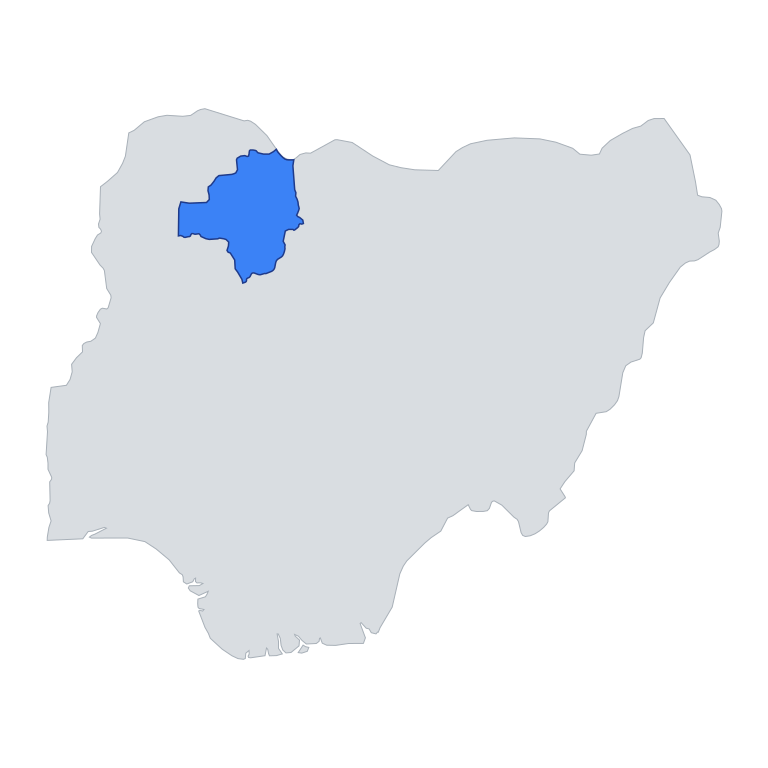 Zamfara highlighted on a map of Nigeria
{"feature_id": "NGA-2872", "entity_name": "Zamfara", "entity_type": "State", "adm_level": 1, "iso_a3": "NGA", "parent_name": "Nigeria", "parent_adm1": "", "projection": "mercator", "projection_center": [6.327, 12.019], "detail": "fine", "context": "in_parent", "style": "filled", "palette": "blue", "viewbox_px": 768, "rotation_deg": 0, "n_neighbors": 0, "source": "natural_earth", "source_scale": "10m", "svg_char_len": 5485}
<svg xmlns="http://www.w3.org/2000/svg" viewBox="0 0 768 768"><path d="M664.1,118.5L690.0,154.9L695.5,181.9L697.6,195.2L701.9,196.8L709.9,197.5L715.8,200.2L719.3,204.6L721.5,208.7L721.9,211.2L720.2,227.3L718.2,233.1L719.3,241.1L719.0,244.5L718.1,246.8L714.5,249.5L709.6,252.1L697.9,259.7L694.5,260.9L689.6,261.1L685.4,263.0L680.3,267.1L669.4,282.5L660.1,298.0L653.3,322.9L645.1,330.7L643.6,337.6L642.3,353.1L641.1,357.8L639.8,359.2L630.9,362.1L625.8,365.7L622.8,372.7L618.9,396.6L617.5,400.6L614.6,404.7L610.1,409.2L606.2,411.7L596.1,413.3L586.4,431.2L586.3,434.4L582.1,450.7L574.7,462.9L574.1,470.8L564.9,481.6L560.1,488.9L565.0,496.6L565.4,497.8L549.5,510.8L548.5,512.8L547.9,521.7L546.6,524.1L543.7,527.4L539.4,531.0L535.0,533.8L530.1,535.8L525.3,536.5L522.7,535.4L521.1,532.6L518.5,521.7L517.1,519.3L514.0,517.2L501.8,505.1L494.3,500.9L492.8,501.2L491.5,502.3L489.4,508.4L487.3,510.7L483.4,511.4L476.6,511.5L471.7,510.6L470.5,509.4L468.2,504.7L452.9,515.7L447.6,518.1L440.8,531.1L431.2,537.6L424.6,543.2L406.8,560.9L403.3,566.1L399.8,573.9L392.2,607.1L380.0,627.8L378.3,632.2L377.6,632.0L376.0,633.9L371.3,632.7L369.1,628.9L366.2,628.2L361.1,622.6L360.1,623.5L365.4,637.8L363.4,643.4L348.5,643.5L335.6,645.4L326.7,645.2L322.3,643.2L320.3,637.9L319.5,638.4L319.1,641.3L316.3,643.5L306.3,644.0L301.9,640.3L298.4,636.2L294.6,634.4L295.2,636.1L299.5,640.1L299.0,645.9L291.0,652.5L285.9,652.9L282.8,650.0L281.1,645.4L280.3,638.4L278.2,633.9L277.1,633.9L278.5,641.4L278.5,648.4L282.3,653.9L276.5,655.6L269.5,655.8L268.6,653.7L267.7,649.2L266.5,648.0L265.0,655.7L250.6,657.8L248.6,657.5L248.1,656.1L249.2,654.0L249.0,650.5L245.8,653.2L245.3,658.5L243.5,659.3L238.0,658.6L232.0,655.8L222.2,649.2L210.3,638.3L208.4,633.4L205.0,627.4L198.7,611.0L199.9,610.2L202.6,611.1L204.0,609.5L199.0,608.4L198.0,607.2L197.7,603.6L197.9,599.1L205.4,596.8L207.1,594.1L208.2,591.3L198.9,595.5L190.2,590.8L188.3,588.0L189.3,585.8L199.3,585.6L202.9,583.5L200.7,582.8L196.9,582.9L195.5,581.5L195.6,578.1L194.3,578.8L192.7,581.8L186.8,584.0L183.4,581.8L183.1,576.9L182.3,574.7L179.4,572.9L169.2,559.9L156.3,549.1L144.9,541.6L127.6,538.0L91.4,538.1L89.4,537.1L91.6,535.4L94.8,534.2L106.4,528.2L104.4,527.4L92.3,531.2L88.2,531.5L82.8,538.8L47.2,540.4L47.3,537.1L48.9,527.5L51.1,520.9L48.7,512.9L48.1,505.6L49.6,503.3L50.1,500.6L49.7,481.9L51.6,479.2L51.7,477.3L48.0,469.3L48.0,463.2L47.3,457.3L46.1,454.6L47.5,431.8L47.0,426.1L48.2,422.1L48.8,412.3L48.7,402.6L51.1,387.4L66.4,385.3L70.1,379.4L72.2,371.8L71.6,364.3L76.5,357.7L82.5,351.9L82.3,345.5L83.9,343.5L86.8,342.0L90.8,341.3L95.4,338.1L97.9,332.5L100.4,323.6L96.5,317.3L96.6,315.9L98.0,312.6L100.4,309.2L102.4,308.2L106.8,309.0L108.2,307.7L111.1,297.8L110.8,295.2L106.7,288.5L104.4,270.6L103.2,268.3L100.0,265.0L91.5,252.4L91.6,246.4L95.2,238.7L97.5,235.0L100.8,233.0L101.5,231.2L100.5,229.0L98.9,227.4L98.5,224.0L100.1,219.2L99.6,213.9L100.5,186.7L107.4,181.4L117.5,172.5L122.6,163.3L125.4,156.2L128.8,132.9L134.2,130.3L144.3,121.8L158.1,116.8L167.0,115.3L182.8,116.3L190.7,115.4L197.5,110.8L200.6,109.5L204.9,108.7L244.1,120.9L247.6,120.3L250.6,121.2L255.5,124.4L267.0,135.7L279.2,153.2L282.9,157.0L286.7,159.0L290.5,159.7L293.5,159.5L296.2,157.8L300.0,154.5L305.8,152.9L310.5,153.2L334.9,139.8L337.2,139.7L352.2,142.5L372.7,156.0L389.3,164.8L401.0,167.7L414.8,169.8L438.3,170.5L456.0,151.6L462.6,147.5L470.5,143.8L487.0,140.3L514.3,137.9L539.9,138.9L555.9,142.2L572.7,148.3L579.9,154.2L591.3,155.2L599.4,154.0L602.1,148.2L610.3,140.5L622.6,133.4L632.6,128.4L640.8,126.1L648.2,120.5L654.0,118.6L664.1,118.5ZM307.3,651.3L301.8,653.1L298.2,652.6L303.1,645.1L305.6,646.7L308.8,647.4L307.3,651.3Z" fill="#d9dde1" stroke="#a8b0b8" stroke-width="1"/><path d="M276.3,149.3L277.7,151.9L281.1,155.8L283.1,157.7L285.0,159.1L286.7,159.7L288.6,159.9L292.8,159.9L293.8,159.8L292.9,165.8L294.7,189.7L295.9,192.7L295.6,196.2L297.1,199.2L298.0,202.1L298.3,205.1L298.8,206.8L299.2,208.5L298.8,210.0L297.5,213.4L296.6,215.2L297.8,216.6L299.7,217.5L302.8,220.1L303.4,223.5L301.8,224.1L300.0,223.7L298.9,224.7L298.6,226.6L297.3,227.9L294.9,229.8L294.0,230.2L293.7,230.1L293.2,229.5L292.8,229.4L288.6,229.4L285.3,231.0L283.2,241.3L285.1,244.9L284.8,246.8L285.0,248.8L284.4,251.5L283.5,254.1L282.6,255.8L281.5,256.9L277.5,259.4L276.3,260.9L275.7,262.6L274.7,267.8L274.1,269.1L273.4,270.0L272.5,270.8L271.5,271.4L266.7,273.3L266.2,273.5L265.7,273.6L264.8,273.5L264.2,273.6L260.5,274.7L259.2,274.7L257.9,274.4L254.2,273.0L253.0,272.9L251.9,273.3L251.2,274.2L250.2,276.3L249.5,277.2L248.9,277.6L247.6,278.1L247.0,278.5L246.5,279.2L246.5,280.0L246.5,280.7L246.2,281.5L245.4,282.2L242.8,283.1L241.9,279.3L237.6,272.0L235.2,268.8L234.7,260.0L230.3,253.0L228.1,252.2L227.0,250.4L228.4,246.1L228.7,242.1L226.1,239.5L223.9,238.8L219.7,238.1L218.8,238.3L217.9,238.8L209.3,239.4L205.9,238.7L201.0,236.5L200.2,234.9L198.9,233.7L195.6,234.2L194.3,234.1L193.1,233.6L191.8,233.6L190.9,234.6L190.4,236.0L189.4,236.6L188.1,236.7L185.1,237.4L183.9,237.2L183.0,236.4L180.7,235.5L178.4,235.9L178.8,208.8L180.9,201.9L189.2,203.2L206.5,202.5L209.3,199.5L209.1,195.0L208.0,190.7L208.3,186.9L211.0,185.1L214.0,181.3L216.1,177.9L218.9,175.6L231.7,174.4L233.8,173.8L235.8,172.9L237.5,169.7L236.5,159.8L237.2,158.2L240.7,156.1L244.8,155.6L247.1,156.5L248.5,156.1L249.1,153.7L249.2,152.2L249.5,150.7L250.3,150.0L252.9,150.0L254.1,150.2L255.2,150.4L256.2,150.8L257.1,151.9L258.0,152.8L263.6,154.1L269.1,154.1L273.5,151.6L276.3,149.3L276.3,149.3Z" fill="#3b82f6" stroke="#1e3a8a" stroke-width="1.5"/></svg>